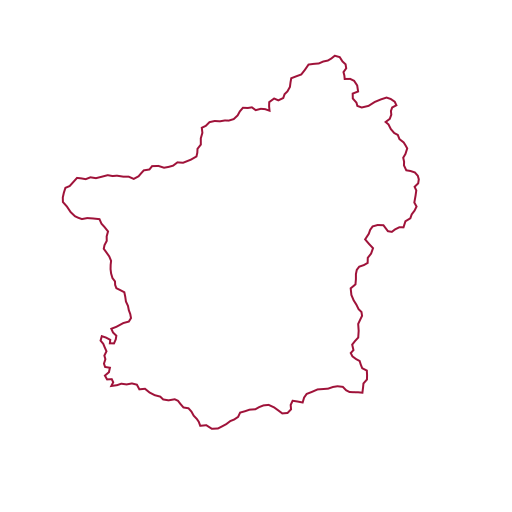 outline of Jequeri, Minas Gerais, Brazil, rotated 251°
{"feature_id": "56859067B7862163719601", "entity_name": "Jequeri", "entity_type": "district", "adm_level": 2, "iso_a3": "BRA", "parent_name": "Brazil", "parent_adm1": "Minas Gerais", "projection": "robinson", "projection_center": [-42.617, -20.475], "detail": "fine", "context": "isolated", "style": "outline", "palette": "rose", "viewbox_px": 512, "rotation_deg": 251, "n_neighbors": 0, "source": "geoboundaries", "source_scale": "gbopen_adm2", "svg_char_len": 3673}
<svg xmlns="http://www.w3.org/2000/svg" viewBox="0 0 512 512"><g transform="rotate(251 256 256)"><path d="M352.5,97.8L350.0,100.4L347.6,103.4L346.8,108.8L344.6,114.0L341.8,120.0L336.9,120.4L332.7,122.2L327.4,124.1L323.2,121.2L318.9,119.8L315.6,116.3L312.4,114.4L308.5,115.6L303.4,117.1L298.6,117.4L295.0,115.7L290.9,114.2L286.6,113.3L281.8,113.1L277.9,114.4L274.5,113.4L271.0,113.5L268.2,116.3L264.6,119.7L260.0,119.1L255.3,118.2L250.5,118.7L246.2,118.1L242.0,118.2L238.0,117.6L235.4,114.4L235.8,108.8L234.5,100.9L234.3,95.5L230.2,95.9L226.1,98.0L222.9,96.3L219.6,93.3L221.0,89.4L224.2,90.9L227.8,87.5L230.4,84.1L226.6,81.5L222.7,83.0L219.2,83.2L214.6,83.6L211.2,80.2L207.5,80.0L203.7,77.2L200.2,77.2L197.9,81.5L194.0,79.1L192.1,74.2L187.8,75.0L186.5,79.5L183.1,79.9L180.2,76.9L179.1,82.6L179.1,87.1L176.7,91.8L175.9,97.2L173.1,101.5L167.9,102.3L166.6,107.8L161.6,110.9L157.4,114.9L154.2,119.7L150.6,121.5L148.0,126.3L147.0,132.5L144.5,135.1L140.9,136.3L136.4,138.1L134.0,142.6L129.9,144.3L125.3,145.1L121.2,147.0L117.9,147.9L113.6,148.0L112.2,153.9L107.0,158.0L105.3,163.9L105.9,168.1L106.7,173.1L108.3,178.0L108.5,182.1L109.7,186.7L113.1,190.0L112.8,195.2L112.8,199.9L111.3,205.5L112.1,209.8L112.3,214.5L111.1,219.5L107.0,223.8L102.6,226.9L98.6,229.6L97.3,234.7L99.6,239.2L103.9,240.3L107.2,243.5L105.0,247.7L102.3,252.4L106.5,255.4L109.1,259.0L109.3,264.6L109.8,270.8L108.4,276.0L107.1,281.0L107.1,286.2L106.3,290.7L104.0,295.5L99.7,297.5L97.0,300.1L95.5,303.7L94.0,308.0L92.1,312.1L97.0,314.5L100.5,316.1L103.1,320.7L107.1,322.2L111.6,323.5L115.3,319.9L119.2,319.7L123.0,319.8L125.9,317.1L129.7,314.5L133.4,314.0L135.3,317.5L140.9,318.1L143.4,322.0L145.6,326.1L151.8,328.7L158.5,330.5L162.0,333.9L164.9,336.8L168.7,337.5L172.3,335.7L177.1,335.1L182.3,333.9L188.1,333.5L194.6,335.0L196.8,340.8L201.5,342.9L206.4,344.6L210.1,346.8L212.3,350.1L212.3,355.1L213.1,359.3L217.9,361.1L220.8,365.6L225.3,369.2L230.8,366.7L236.2,364.6L240.3,369.9L243.6,372.5L246.0,375.9L245.7,381.1L243.6,386.5L236.5,388.8L234.6,392.3L235.9,396.2L236.5,400.9L235.1,404.8L240.2,408.6L241.4,414.2L244.7,416.8L247.3,420.7L250.5,423.9L255.0,423.1L261.1,426.5L265.8,428.9L269.8,428.5L271.9,433.0L275.5,434.9L279.2,435.1L283.3,433.4L286.1,429.7L288.1,426.0L293.5,425.4L296.9,426.7L301.0,427.2L303.8,430.5L308.5,434.0L311.9,433.4L315.3,432.6L319.8,429.7L324.3,429.5L327.3,426.7L332.1,424.8L337.3,424.1L340.5,422.2L342.1,427.1L345.5,429.9L349.2,430.8L352.1,433.1L352.8,437.8L356.7,437.4L360.6,434.5L363.3,431.0L363.4,425.2L363.0,418.5L361.3,411.3L362.0,404.3L364.9,400.7L368.3,400.9L373.4,398.8L378.1,400.3L378.3,406.1L384.3,407.2L389.7,405.8L392.8,402.7L394.5,397.5L397.9,398.3L401.4,398.6L404.1,402.4L408.1,403.1L411.8,401.1L416.8,399.9L419.7,395.7L418.2,391.5L417.4,387.6L418.0,382.9L417.6,378.1L418.9,373.0L419.9,368.0L416.0,362.7L412.9,357.9L412.8,352.7L412.6,347.2L409.0,345.2L404.8,343.1L401.4,339.3L399.7,335.7L396.5,333.2L395.9,327.8L399.0,324.4L397.2,318.6L393.2,317.1L389.0,316.1L391.9,312.4L393.6,308.5L394.0,303.2L397.9,300.5L398.6,296.5L400.4,291.9L398.0,287.8L394.9,284.4L392.7,279.5L392.9,274.3L394.3,270.7L395.1,265.7L397.1,260.9L397.7,255.6L395.4,250.9L394.9,246.5L389.9,245.4L385.2,242.1L379.3,240.1L376.4,235.6L372.7,234.1L369.5,232.1L368.3,225.8L367.9,217.4L370.1,212.2L368.4,207.0L368.7,202.3L369.4,197.8L372.9,193.1L374.8,187.0L372.5,183.4L373.5,177.8L371.6,174.3L369.6,170.9L368.7,165.5L372.5,161.4L374.3,156.2L377.2,150.7L378.3,146.4L380.7,142.1L381.2,135.5L381.7,130.0L384.3,125.1L384.1,120.0L386.3,116.0L388.1,112.2L385.4,107.3L382.8,102.6L382.5,98.0L378.5,95.0L374.3,92.4L369.9,91.0L364.4,93.3L357.9,95.0L352.5,97.8Z" fill="none" stroke="#9f1239" stroke-width="2"/></g></svg>